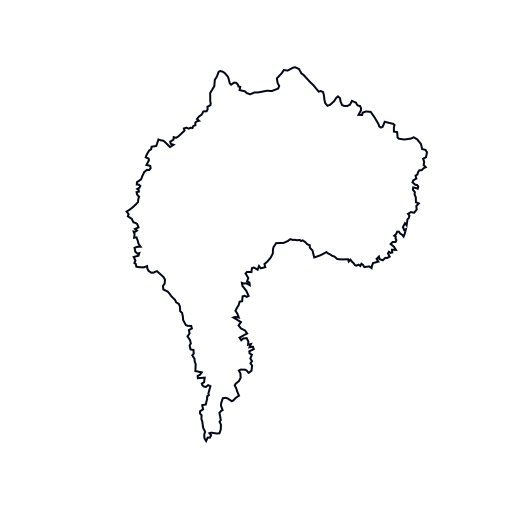 Santana da Boa Vista, Rio Grande do Sul, Brazil (orthographic projection), rotated 199°
{"feature_id": "56859067B73250631934504", "entity_name": "Santana da Boa Vista", "entity_type": "district", "adm_level": 2, "iso_a3": "BRA", "parent_name": "Brazil", "parent_adm1": "Rio Grande do Sul", "projection": "orthographic", "projection_center": [-53.19, -30.741], "detail": "fine", "context": "isolated", "style": "outline", "palette": "ink", "viewbox_px": 512, "rotation_deg": 199, "n_neighbors": 0, "source": "geoboundaries", "source_scale": "gbopen_adm2", "svg_char_len": 5850}
<svg xmlns="http://www.w3.org/2000/svg" viewBox="0 0 512 512"><g transform="rotate(199 256 256)"><path d="M127.4,404.7L128.1,409.8L130.3,411.5L133.7,411.2L136.5,415.6L141.5,418.7L145.5,419.6L147.8,417.4L153.8,414.4L159.1,413.4L160.7,414.1L162.9,419.1L166.1,418.5L167.5,422.5L167.7,424.9L169.3,425.6L178.0,424.8L178.3,419.4L179.7,418.1L181.8,418.7L182.9,420.4L188.7,425.4L194.5,429.6L199.0,428.5L201.8,426.3L201.6,423.9L205.0,422.8L204.2,427.9L204.8,429.9L206.5,431.7L208.3,431.4L210.0,432.1L211.3,433.5L215.8,433.9L216.4,429.7L218.5,427.6L221.5,426.6L223.7,426.7L226.3,429.5L227.9,432.5L230.5,433.6L231.7,431.4L232.5,427.9L235.2,423.0L237.3,421.3L240.2,423.0L241.9,425.5L244.2,430.2L246.0,432.9L248.7,433.0L250.2,431.8L257.4,436.2L262.1,438.4L270.2,442.8L272.4,443.3L276.2,446.8L280.5,447.2L282.3,446.1L286.5,441.6L290.2,440.9L291.2,437.1L294.1,430.7L291.9,426.6L289.4,424.3L289.6,421.5L294.8,417.1L299.3,415.9L304.5,412.9L307.8,411.1L310.7,410.1L314.2,407.0L317.7,407.0L320.2,408.1L325.5,407.5L326.0,410.8L327.8,410.6L328.8,412.1L331.1,413.3L333.2,412.8L335.3,409.9L337.0,410.7L340.1,415.4L341.4,416.7L345.1,418.8L347.3,419.4L350.0,419.3L351.3,417.9L351.4,412.8L352.3,409.2L350.7,402.9L352.4,395.2L349.6,387.3L348.5,385.6L348.3,383.7L350.5,381.3L349.5,379.0L349.8,376.8L352.8,375.6L353.4,372.0L355.4,369.2L356.4,366.3L353.9,365.3L355.6,364.2L356.8,362.5L355.9,359.9L357.6,358.5L357.7,356.3L359.5,356.0L361.1,354.5L363.6,354.7L365.7,353.1L364.4,351.3L366.6,347.1L368.4,343.7L370.1,341.7L372.5,341.6L371.9,339.2L374.3,336.2L373.2,334.3L370.2,334.3L372.8,331.0L379.7,334.4L381.7,334.8L383.5,334.4L386.2,334.4L386.1,327.6L390.3,325.3L389.9,322.8L391.4,320.9L392.1,317.6L392.4,315.4L392.4,313.4L389.4,313.2L388.4,311.9L389.2,306.4L385.4,306.8L384.2,304.8L385.0,302.5L387.2,301.9L389.0,299.0L389.5,294.8L389.6,291.0L392.6,287.1L392.0,284.8L390.1,285.3L388.2,284.6L388.4,282.7L390.1,280.7L388.5,280.3L387.7,278.7L389.7,277.5L388.4,275.4L385.9,274.0L385.8,271.5L385.1,268.5L386.7,265.1L388.5,261.8L390.5,258.7L392.8,255.9L390.1,254.1L390.1,251.8L385.6,250.7L382.8,247.9L380.8,248.1L378.7,247.5L376.4,244.8L379.2,242.2L376.8,241.3L378.1,239.6L379.7,239.3L377.9,237.1L377.2,233.6L375.1,234.7L372.9,232.1L371.5,229.9L370.3,228.6L368.2,227.2L371.3,226.0L373.5,224.2L371.6,220.9L368.9,219.6L367.3,220.7L367.2,218.0L371.3,215.3L368.5,212.4L368.7,209.8L367.1,209.4L365.6,206.9L362.9,207.4L359.9,208.2L358.2,208.9L355.7,211.0L354.6,208.7L352.8,207.0L349.6,206.1L347.5,206.9L346.3,208.2L344.6,209.4L336.6,206.0L334.3,203.9L333.4,200.1L334.2,197.3L332.7,194.2L327.9,193.6L325.1,192.0L322.9,190.3L320.5,189.2L318.3,188.2L316.5,186.3L313.3,185.5L311.5,183.4L309.7,179.1L307.4,178.2L305.4,174.9L304.1,171.8L299.8,167.8L297.5,167.8L294.5,168.8L293.0,166.6L295.3,164.2L293.6,161.1L294.6,157.7L291.1,155.1L289.2,152.2L289.6,149.8L287.5,146.4L284.5,146.8L283.1,143.4L283.9,141.3L280.6,138.7L279.7,136.4L277.8,134.1L275.9,127.5L269.4,128.3L270.3,125.5L272.1,123.6L271.2,121.5L264.9,124.3L264.5,122.0L264.0,119.7L265.7,117.8L264.7,116.4L262.9,115.6L260.8,115.8L259.2,118.3L256.7,118.1L256.3,110.7L255.3,109.0L256.5,107.4L255.6,104.9L255.5,102.2L255.1,99.3L258.3,97.4L256.1,93.8L258.4,90.9L257.6,88.8L255.6,87.7L254.6,84.2L252.8,81.8L250.1,76.4L246.9,73.2L246.8,70.1L245.4,66.9L242.9,64.8L242.6,68.5L240.4,69.3L240.1,72.0L242.3,73.3L240.8,74.4L235.2,75.4L232.8,76.5L232.9,80.9L234.3,85.2L236.5,87.4L235.9,89.4L237.1,91.6L239.5,95.7L238.6,98.1L237.4,99.4L240.5,103.2L241.0,105.5L241.1,110.7L238.6,112.0L236.4,112.1L231.6,110.8L230.3,112.2L229.0,115.2L226.6,118.4L229.6,121.7L231.5,124.3L234.0,126.7L233.6,128.7L231.4,132.2L230.9,135.9L232.5,139.9L234.9,142.1L233.5,143.6L229.2,145.0L227.4,144.6L225.0,143.1L222.9,146.0L224.0,151.1L226.3,152.7L225.5,155.2L228.0,157.3L227.7,161.3L230.4,161.9L231.3,163.7L227.8,167.2L229.4,169.2L232.4,167.6L232.1,171.1L234.6,169.5L235.4,172.7L238.1,175.3L241.3,173.8L242.5,171.5L245.0,173.4L239.2,179.9L242.1,182.0L246.6,182.6L249.9,184.7L248.7,188.6L257.3,190.5L255.7,191.7L252.2,192.2L255.1,195.6L257.6,197.5L257.1,200.9L256.4,203.9L256.6,207.5L254.4,208.7L255.5,213.5L253.7,214.7L251.4,214.3L250.0,215.8L253.8,219.9L259.1,223.3L260.6,226.0L258.8,226.0L256.1,227.0L252.4,226.4L253.6,228.8L256.2,229.1L256.1,232.6L260.2,236.1L259.2,238.1L255.1,239.3L255.9,243.2L254.3,244.4L250.0,243.6L249.9,247.5L247.5,245.9L245.6,247.1L243.6,248.5L245.4,251.1L243.4,254.5L241.6,259.2L240.9,263.9L242.1,267.7L242.3,270.3L241.1,274.7L236.8,276.4L234.2,277.3L230.8,280.5L229.0,283.1L226.2,283.2L224.7,283.9L222.2,284.3L219.9,285.4L218.3,284.8L217.0,286.0L213.9,285.2L211.5,283.8L208.6,283.6L207.8,281.4L204.4,279.6L200.5,273.6L198.9,274.8L196.0,277.1L194.4,278.6L192.7,280.4L190.7,282.6L188.8,281.9L186.2,281.6L184.3,281.0L181.5,281.0L178.3,279.6L175.8,280.1L172.9,281.0L167.9,282.9L166.5,281.0L165.6,283.3L163.1,281.7L161.0,280.8L159.6,279.6L158.0,279.5L156.2,281.2L154.1,280.5L153.8,283.0L151.9,282.4L150.0,280.8L147.4,282.1L145.6,283.0L142.8,282.2L143.2,284.2L143.0,287.5L141.3,288.6L138.5,290.5L141.0,292.5L139.6,295.5L138.2,293.3L134.8,293.2L133.1,296.4L131.4,296.8L129.4,298.9L132.1,301.4L131.7,303.3L130.0,302.7L128.3,303.7L129.5,306.2L125.7,307.3L128.5,309.6L132.6,311.2L131.4,313.6L128.6,314.8L128.4,316.7L129.7,317.9L130.2,319.8L131.9,320.2L130.7,322.1L130.4,325.0L128.8,325.5L127.0,324.2L124.6,323.6L122.8,322.4L122.6,325.3L123.0,330.2L124.4,328.8L126.5,331.2L125.8,335.5L123.6,334.1L124.7,339.9L123.9,341.7L124.2,344.3L126.0,345.3L123.9,347.9L120.6,348.4L119.2,352.3L120.7,355.4L119.2,358.7L122.3,358.9L124.0,363.5L126.1,365.8L126.6,368.1L129.2,369.7L129.7,372.0L127.0,372.3L125.0,372.3L125.2,374.5L126.9,375.6L128.5,375.2L132.0,376.6L131.9,378.8L129.6,381.4L131.3,383.9L129.9,385.7L130.1,387.9L129.4,390.2L127.3,391.1L126.1,393.6L124.4,395.2L127.1,396.6L127.7,399.9L129.7,402.4L127.4,404.7Z" fill="none" stroke="#020617" stroke-width="2"/></g></svg>